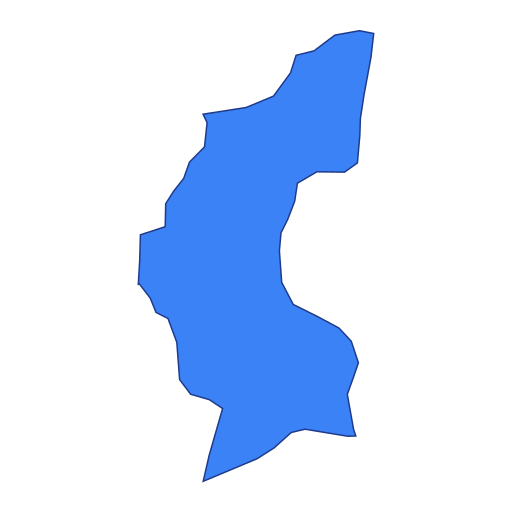 an SVG outline of Ainaro
{"feature_id": "TLS-545", "entity_name": "Ainaro", "entity_type": "District", "adm_level": 1, "iso_a3": "TLS", "parent_name": "East Timor", "parent_adm1": "", "projection": "robinson", "projection_center": [125.566, -9.004], "detail": "fine", "context": "isolated", "style": "filled", "palette": "blue", "viewbox_px": 512, "rotation_deg": 0, "n_neighbors": 0, "source": "natural_earth", "source_scale": "10m", "svg_char_len": 853}
<svg xmlns="http://www.w3.org/2000/svg" viewBox="0 0 512 512"><path d="M355.8,436.0L347.5,436.2L304.9,429.2L291.2,432.5L274.1,447.9L256.9,458.8L203.2,481.3L209.2,455.2L222.6,408.5L209.2,399.6L190.7,394.3L179.6,379.6L176.8,342.3L168.0,318.5L156.0,312.4L150.3,298.2L139.4,284.0L138.3,284.3L139.7,260.6L140.4,234.8L165.2,226.7L165.7,203.7L173.7,191.1L183.7,178.4L189.5,162.1L204.5,146.9L207.1,122.7L203.1,114.2L206.8,113.6L246.1,107.5L273.5,96.1L290.5,72.9L296.1,55.3L314.1,50.8L324.5,42.9L334.9,35.1L359.5,30.7L373.7,33.5L371.1,56.1L370.9,57.7L364.0,94.9L360.4,118.4L359.8,135.9L357.4,162.9L344.6,172.1L316.8,171.8L297.4,183.2L294.7,201.3L287.7,219.4L281.0,232.8L279.4,250.9L281.7,282.4L293.3,304.5L318.2,316.9L339.0,328.1L351.3,341.3L358.4,362.8L353.4,377.4L347.3,394.3L353.6,429.4L355.8,436.0Z" fill="#3b82f6" stroke="#1e3a8a" stroke-width="1.5"/></svg>